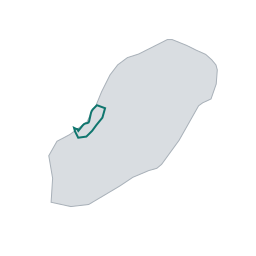 location of Al Daayen within Qatar, rotated 221°
{"feature_id": "QAT-5487", "entity_name": "Al Daayen", "entity_type": "Municipality", "adm_level": 1, "iso_a3": "QAT", "parent_name": "Qatar", "parent_adm1": "", "projection": "robinson", "projection_center": [51.482, 25.509], "detail": "fine", "context": "in_parent", "style": "outline", "palette": "teal", "viewbox_px": 256, "rotation_deg": 221, "n_neighbors": 0, "source": "natural_earth", "source_scale": "10m", "svg_char_len": 895}
<svg xmlns="http://www.w3.org/2000/svg" viewBox="0 0 256 256"><g transform="rotate(221 128 128)"><path d="M137.9,228.8L127.5,231.5L117.7,234.5L109.6,234.4L103.0,233.3L98.7,230.4L90.3,219.1L84.4,204.4L88.1,196.2L89.3,191.1L81.4,152.3L78.8,122.6L79.8,116.5L84.4,109.5L92.0,94.0L96.1,79.0L107.5,44.5L119.6,31.2L137.3,21.5L151.9,40.6L169.6,55.1L172.9,71.4L167.7,84.7L162.9,105.8L165.8,115.5L166.9,123.9L171.7,138.0L176.4,156.3L177.2,169.0L174.6,180.8L168.5,190.8L156.3,220.6L152.7,223.7L137.9,228.8Z" fill="#d9dde1" stroke="#a8b0b8" stroke-width="1"/><path d="M168.8,92.7L166.8,93.2L165.2,94.1L164.4,93.5L163.6,93.2L163.9,100.3L163.7,102.3L163.6,102.5L163.0,103.7L162.0,104.9L161.4,106.2L161.7,107.5L165.9,115.2L166.6,117.1L166.8,119.0L166.4,124.8L158.3,127.9L154.1,119.0L153.8,109.6L153.2,102.3L153.8,94.2L159.2,88.0L165.8,90.7L168.8,92.7Z" fill="none" stroke="#0f766e" stroke-width="2"/></g></svg>